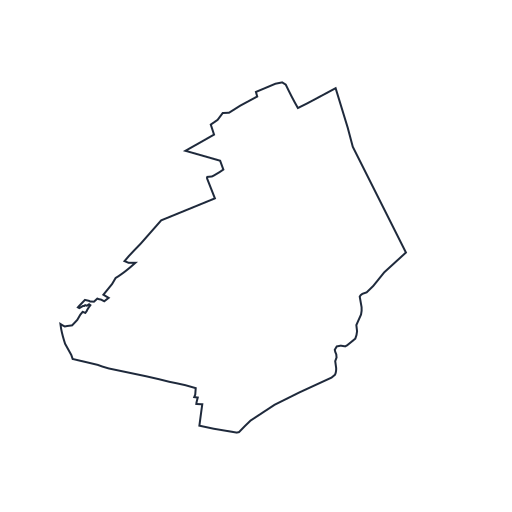 the district of Racasdia, Caras-Severin, Romania, rotated 122°
{"feature_id": "2599482B50821892840629", "entity_name": "Racasdia", "entity_type": "district", "adm_level": 2, "iso_a3": "ROU", "parent_name": "Romania", "parent_adm1": "Caras-Severin", "projection": "albers", "projection_center": [21.603, 44.997], "detail": "fine", "context": "isolated", "style": "outline", "palette": "slate", "viewbox_px": 512, "rotation_deg": 122, "n_neighbors": 0, "source": "geoboundaries", "source_scale": "gbopen_adm2", "svg_char_len": 2019}
<svg xmlns="http://www.w3.org/2000/svg" viewBox="0 0 512 512"><g transform="rotate(122 256 256)"><path d="M429.9,214.1L425.0,200.6L424.6,199.6L416.0,178.8L414.4,177.1L406.1,175.3L398.4,173.4L372.3,161.4L348.5,146.8L319.1,127.5L314.9,126.1L313.6,126.3L312.3,126.7L311.1,127.2L309.9,127.8L308.6,128.6L303.2,133.1L299.4,133.9L296.9,135.8L295.3,138.0L293.8,139.5L289.9,139.6L288.5,138.1L287.1,136.6L285.9,133.7L285.3,132.4L284.5,132.0L283.5,131.4L273.5,128.0L269.8,128.9L266.3,130.4L261.4,134.3L250.0,135.9L246.5,137.4L243.5,139.3L235.5,146.5L235.3,146.5L235.1,146.5L234.3,146.5L233.5,146.4L232.7,146.1L231.9,145.8L231.3,145.4L228.2,142.9L219.3,140.7L201.9,138.6L173.6,130.7L112.1,231.8L98.6,246.2L71.5,277.4L99.7,293.6L108.3,298.9L105.1,304.7L101.8,310.4L98.4,316.0L94.9,321.6L94.9,325.8L99.6,330.8L116.9,343.0L120.1,339.5L136.8,349.0L148.8,354.8L152.4,360.0L160.9,360.7L168.5,364.0L175.3,355.9L179.5,358.2L204.2,371.6L194.2,336.9L200.0,329.5L204.3,331.4L210.1,334.4L211.9,335.5L213.9,338.1L214.7,339.2L215.7,339.0L216.6,338.0L228.9,321.4L276.0,355.3L306.5,360.3L314.9,362.1L323.4,363.8L330.0,364.8L329.3,360.5L325.7,354.7L328.7,355.6L331.7,356.5L334.7,357.5L337.6,358.5L340.5,359.6L343.4,360.8L346.2,362.0L349.0,363.4L356.0,363.2L369.7,364.9L369.6,358.8L374.8,360.7L375.1,364.4L375.9,366.4L376.2,368.0L380.6,369.2L382.5,372.6L382.5,373.8L383.6,376.9L383.9,377.8L392.0,379.5L393.9,379.8L393.8,378.2L390.0,376.2L389.3,375.1L388.2,374.8L387.8,373.1L385.4,372.0L385.5,370.4L388.2,370.6L391.1,370.6L392.4,370.4L394.7,370.6L395.2,373.4L398.9,373.9L401.9,373.8L404.9,373.7L412.3,375.2L415.4,379.0L417.1,380.8L417.3,383.3L417.3,385.8L421.0,382.7L423.8,380.0L426.5,377.2L429.1,374.3L431.6,371.4L437.8,360.2L440.5,356.9L435.6,342.6L432.2,332.5L431.2,327.8L429.4,321.3L416.2,285.4L411.9,273.0L408.6,262.8L406.0,255.9L403.0,247.5L400.0,237.1L405.7,234.1L408.4,233.6L406.9,230.4L410.4,229.3L411.8,228.8L413.1,228.2L412.2,226.5L411.2,224.7L410.2,223.0L416.9,220.0L429.9,214.1Z" fill="none" stroke="#1e293b" stroke-width="2"/></g></svg>